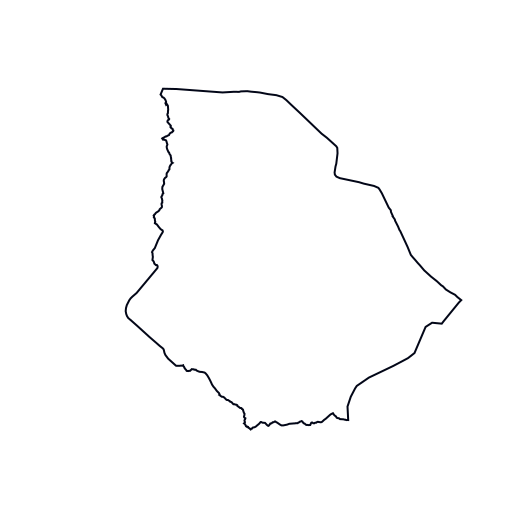 Oudalan, Oudalan, Burkina Faso, rotated 43°
{"feature_id": "67063806B71789570765121", "entity_name": "Oudalan", "entity_type": "district", "adm_level": 2, "iso_a3": "BFA", "parent_name": "Burkina Faso", "parent_adm1": "Oudalan", "projection": "mercator", "projection_center": [-0.376, 14.623], "detail": "fine", "context": "isolated", "style": "outline", "palette": "ink", "viewbox_px": 512, "rotation_deg": 43, "n_neighbors": 0, "source": "geoboundaries", "source_scale": "gbopen_adm2", "svg_char_len": 6095}
<svg xmlns="http://www.w3.org/2000/svg" viewBox="0 0 512 512"><g transform="rotate(43 256 256)"><path d="M435.3,313.1L425.6,303.7L421.3,294.3L418.8,285.3L418.3,282.3L421.5,267.9L431.4,242.7L436.8,227.1L438.1,218.9L428.4,192.2L430.3,184.7L438.0,178.8L437.7,175.7L436.1,151.7L436.2,148.3L431.2,148.7L428.1,148.6L423.0,150.0L417.7,151.0L413.4,150.7L411.4,151.1L405.5,151.1L398.0,151.7L388.8,151.8L382.0,151.0L379.2,150.8L374.9,150.3L371.7,150.0L368.5,149.6L360.7,146.0L344.5,139.4L343.1,139.1L339.9,137.6L333.6,135.3L332.6,134.6L328.9,133.8L328.9,133.5L324.6,131.7L323.4,130.6L320.1,130.1L305.3,124.3L300.8,123.0L299.0,122.7L294.5,124.3L285.4,129.6L281.1,131.7L264.2,141.9L260.7,143.1L258.2,142.7L256.5,141.3L253.1,136.3L251.8,133.8L245.6,125.3L241.7,121.5L239.9,121.0L227.1,121.2L220.6,121.8L190.1,121.4L178.5,121.4L171.9,121.3L167.9,121.6L166.9,121.7L161.2,124.5L154.4,129.4L147.5,133.7L144.9,135.6L140.3,139.2L137.2,141.4L132.7,145.9L131.7,147.5L128.0,150.8L120.0,159.2L84.1,188.0L75.8,195.4L73.9,197.1L76.1,203.0L77.4,203.1L78.3,203.5L79.2,203.7L80.3,203.2L81.5,203.2L83.2,203.6L84.9,204.4L85.3,204.7L85.5,206.0L87.1,206.7L87.1,205.7L87.7,205.8L89.2,206.3L90.5,207.5L92.2,209.1L92.5,209.7L93.9,211.3L94.2,211.7L94.2,212.1L94.6,212.9L95.3,213.5L96.3,213.8L97.6,214.7L98.4,214.9L99.1,215.0L99.3,215.5L99.0,216.6L99.0,217.0L99.1,217.4L99.7,218.3L100.1,218.4L103.6,218.7L104.8,218.8L105.1,219.0L105.3,219.5L105.4,220.0L106.4,220.1L106.9,220.3L108.0,219.9L108.3,219.9L108.7,220.3L109.1,220.5L109.9,220.5L110.2,220.9L110.3,221.4L110.1,222.4L110.2,222.8L109.7,223.7L109.4,225.1L109.6,226.0L109.9,226.9L109.2,228.5L109.0,229.5L108.8,229.8L108.3,230.3L108.1,231.4L107.3,233.5L107.2,234.0L108.7,234.3L109.0,233.7L109.3,233.7L111.2,232.8L111.6,232.9L112.6,233.4L114.2,234.4L114.9,234.7L115.2,234.9L115.9,236.7L116.6,237.4L117.4,238.0L118.3,238.5L121.1,239.7L121.9,239.6L122.8,240.2L123.7,240.5L124.7,240.6L125.2,240.8L125.9,241.5L126.8,242.0L127.3,242.6L127.8,242.8L128.5,243.7L129.0,243.9L129.4,244.2L129.6,244.6L131.0,244.9L131.5,244.8L131.2,245.9L131.5,246.9L131.5,248.2L132.1,249.9L132.3,250.2L133.6,251.7L133.6,252.8L133.8,253.1L134.2,255.4L134.2,256.1L134.6,256.9L136.4,258.8L136.5,259.5L136.2,260.9L136.4,262.3L136.5,262.8L136.9,263.5L137.7,264.3L138.3,264.6L139.1,265.5L139.6,265.8L140.4,269.3L141.8,271.0L145.5,273.4L145.4,274.5L146.1,275.5L146.4,277.2L146.8,277.7L148.0,278.1L148.7,278.7L149.3,279.0L149.6,279.2L149.9,279.8L150.4,280.2L151.1,280.9L151.0,281.7L151.4,282.4L152.3,283.1L152.9,283.4L153.5,284.0L153.9,284.6L153.9,285.4L153.7,286.9L153.7,287.6L154.1,288.4L154.1,289.8L153.4,292.5L153.4,293.2L153.6,294.4L153.4,295.0L153.5,295.8L153.6,296.2L154.1,296.2L154.5,296.7L154.6,297.0L155.0,297.5L155.3,297.5L155.6,297.4L156.4,297.6L158.0,299.1L158.9,299.6L159.3,300.5L159.7,301.0L160.2,300.7L160.8,300.7L161.2,300.8L161.9,300.5L165.2,301.1L167.9,301.4L169.3,301.2L169.6,301.1L170.2,301.0L171.1,301.5L171.5,302.2L171.7,303.1L172.1,305.3L173.6,311.3L176.6,319.2L176.8,322.3L177.3,324.1L178.1,324.4L178.5,324.6L179.7,325.8L181.2,327.0L181.9,328.0L183.0,329.6L184.5,329.7L185.6,330.1L186.1,330.4L186.8,330.9L188.1,330.9L189.0,330.9L189.6,330.2L190.5,330.3L191.4,330.9L191.9,331.7L192.1,332.1L193.9,364.5L193.3,370.0L193.2,372.5L193.5,374.8L195.0,380.0L196.4,382.7L198.3,385.2L200.6,386.9L202.6,387.9L204.9,388.5L209.1,388.3L216.9,388.1L233.2,387.9L247.2,387.4L250.7,387.1L251.8,387.2L252.7,387.6L255.0,389.2L256.1,389.7L257.3,390.2L261.8,391.0L272.3,390.8L272.9,390.4L275.1,388.3L276.0,387.2L276.6,386.8L277.2,385.7L277.5,386.0L278.1,386.1L278.5,386.0L279.4,386.3L279.8,386.6L280.3,386.6L281.1,386.9L281.5,386.9L282.8,387.0L283.6,387.3L283.9,387.2L284.3,386.9L284.9,386.2L285.2,386.1L285.8,385.1L286.1,384.9L286.2,382.5L286.9,382.1L287.5,381.5L287.9,381.3L288.4,381.3L288.8,380.8L289.0,380.7L289.6,380.2L290.6,380.3L291.5,380.0L292.7,379.6L294.1,378.9L295.5,377.7L297.9,376.3L299.2,376.2L301.7,376.5L305.1,377.5L308.4,378.7L311.5,380.0L314.0,380.6L316.3,380.8L319.3,381.4L322.4,381.5L323.9,382.1L323.9,382.6L324.4,382.5L325.5,382.5L325.9,382.4L326.8,382.3L327.2,382.1L327.8,381.5L328.8,381.2L330.3,381.2L331.9,381.3L332.6,381.3L333.2,380.9L333.8,380.4L334.8,380.3L335.3,380.1L335.6,380.0L336.5,380.2L337.0,379.9L337.7,379.6L338.5,379.6L338.9,379.7L340.1,379.8L340.6,379.8L341.4,379.0L342.0,378.9L342.8,378.4L343.1,378.1L344.0,377.9L344.7,378.4L345.7,378.2L348.0,378.0L349.0,377.2L349.4,377.2L350.0,377.5L350.6,377.2L351.4,377.3L351.7,377.6L353.3,378.5L354.0,378.9L355.2,379.2L356.1,380.4L356.7,381.6L357.2,382.0L357.8,382.1L358.9,381.9L359.3,382.7L359.6,384.0L360.0,384.4L361.0,384.9L361.4,385.3L361.4,386.6L362.1,386.5L363.1,386.6L364.7,387.3L365.8,387.2L366.1,387.0L366.0,386.7L366.8,386.4L367.6,386.8L368.1,386.6L368.7,386.5L370.4,386.5L370.4,385.4L370.8,384.9L370.7,384.6L370.7,383.7L370.8,383.4L371.5,382.6L371.9,381.8L372.3,380.4L372.3,379.6L372.5,378.2L372.7,376.4L372.6,374.3L373.0,373.9L374.4,373.5L376.4,371.9L378.0,372.0L379.1,372.1L380.4,372.0L380.8,371.9L381.0,371.7L381.0,370.4L380.9,370.0L380.9,369.3L380.7,368.9L380.9,368.4L381.4,368.0L381.5,367.7L381.6,366.2L382.2,365.7L382.7,364.0L383.1,363.8L383.7,363.8L384.3,363.7L385.1,363.4L386.0,363.3L388.7,362.9L390.2,362.5L391.4,361.4L392.4,360.0L393.7,358.2L394.8,356.0L397.9,352.6L398.7,351.8L398.9,351.4L399.5,350.8L400.5,349.9L400.5,349.2L401.0,348.1L401.1,347.2L401.9,346.0L401.9,345.7L402.4,345.5L402.8,345.4L403.4,345.6L404.4,345.8L405.1,345.8L405.7,345.4L406.8,345.4L407.9,345.3L408.1,345.2L408.5,344.7L409.7,343.9L410.9,342.6L410.7,341.9L410.4,341.2L410.2,340.5L410.2,340.0L410.6,339.5L410.8,339.4L411.9,339.3L412.8,338.5L412.8,338.0L413.1,337.4L413.8,336.7L413.8,336.1L414.2,335.2L414.7,334.8L415.0,334.7L416.8,333.4L417.2,332.8L417.4,332.2L417.6,329.3L418.0,327.5L418.2,325.2L418.5,321.6L418.7,320.6L419.5,318.5L420.4,318.7L420.8,318.9L422.5,319.0L423.8,318.8L424.1,318.8L424.4,319.0L425.2,319.2L425.9,319.1L427.3,318.1L427.7,318.1L428.3,318.1L428.7,318.0L431.2,315.9L431.9,315.5L432.4,315.3L432.9,314.8L433.3,314.7L433.8,314.5L434.3,314.1L434.7,313.6L435.3,313.1Z" fill="none" stroke="#020617" stroke-width="2"/></g></svg>